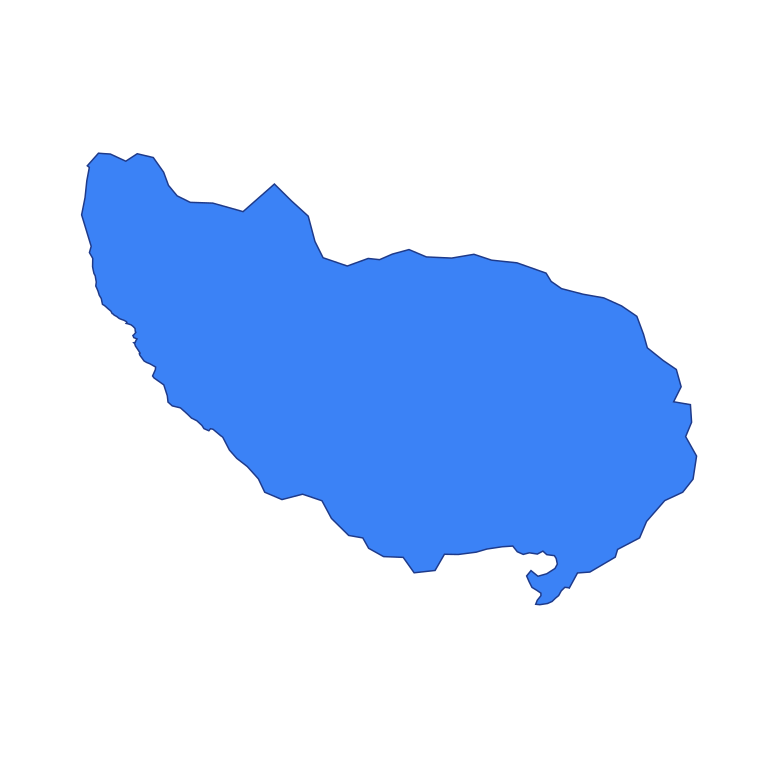 Arsos Lemesou, Limassol, Cyprus, rotated 276°
{"feature_id": "46923920B44205206050617", "entity_name": "Arsos Lemesou", "entity_type": "district", "adm_level": 2, "iso_a3": "CYP", "parent_name": "Cyprus", "parent_adm1": "Limassol", "projection": "natural_earth1", "projection_center": [32.763, 34.84], "detail": "fine", "context": "isolated", "style": "filled", "palette": "blue", "viewbox_px": 768, "rotation_deg": 276, "n_neighbors": 0, "source": "geoboundaries", "source_scale": "gbopen_adm2", "svg_char_len": 2377}
<svg xmlns="http://www.w3.org/2000/svg" viewBox="0 0 768 768"><g transform="rotate(276 384 384)"><path d="M315.3,227.3L315.1,227.9L314.1,229.3L302.1,237.2L294.6,245.4L287.6,256.7L276.5,269.0L263.9,276.7L258.4,294.6L265.9,314.5L261.4,334.5L244.8,345.8L229.7,364.7L228.7,379.0L219.0,385.9L212.3,401.6L213.6,421.2L199.4,433.7L203.9,454.3L221.0,461.9L222.2,475.6L226.4,493.3L230.6,503.5L234.5,518.6L236.3,529.0L231.1,534.1L229.1,540.3L231.3,546.2L230.9,554.3L234.4,559.5L231.3,563.7L231.1,571.4L228.4,573.5L223.0,575.2L218.4,573.3L212.3,565.7L208.9,557.2L213.8,549.7L208.0,545.9L202.7,548.9L197.2,552.4L194.8,557.5L192.4,561.9L189.9,562.2L184.9,559.0L180.8,557.9L180.8,562.0L182.8,569.6L185.3,573.9L188.9,576.9L191.8,579.8L196.8,581.9L200.7,585.1L200.7,588.6L200.4,589.6L216.3,596.2L218.5,608.4L236.0,632.1L243.9,633.6L257.7,654.3L274.8,659.5L297.4,675.4L307.6,692.4L321.7,701.3L345.0,702.4L363.2,689.5L378.1,693.9L395.5,690.9L396.6,673.9L412.3,679.8L429.0,673.2L436.6,659.1L447.5,642.1L460.6,636.9L477.7,628.4L479.4,625.3L486.5,612.1L492.6,593.6L494.1,572.5L497.4,550.6L503.5,539.5L511.2,533.6L518.4,503.6L518.4,478.1L522.4,459.9L516.3,438.1L514.8,412.9L520.3,394.8L514.1,378.8L507.2,366.6L507.2,355.1L497.5,335.1L503.2,310.2L518.6,300.4L543.0,291.1L556.6,272.6L571.4,254.1L540.7,225.8L546.0,194.8L544.4,172.3L549.5,158.6L559.0,148.9L571.6,142.7L585.1,130.9L587.2,114.5L578.6,103.9L584.1,87.8L583.8,80.5L583.7,75.9L570.0,66.1L568.6,68.3L555.0,67.2L538.2,67.2L520.6,65.6L490.3,78.4L483.9,77.3L478.5,81.2L470.2,81.9L466.9,82.9L463.6,84.0L461.4,85.5L458.4,86.3L455.3,87.2L451.3,87.1L449.0,88.5L446.4,89.9L442.6,91.5L439.4,93.9L436.8,94.7L433.8,95.7L432.9,97.6L432.0,99.0L430.0,101.7L427.9,104.8L425.7,106.2L425.2,107.4L424.3,108.4L423.2,111.1L421.5,113.8L420.8,116.1L420.2,118.7L419.1,121.3L418.4,121.9L417.3,121.2L417.1,123.0L416.4,126.3L415.0,128.5L413.2,130.6L410.5,131.1L409.5,131.8L406.9,130.1L406.0,129.2L404.0,130.3L403.0,133.7L401.2,132.7L399.5,132.3L398.9,130.8L398.2,131.8L395.8,132.8L393.1,135.1L389.2,138.2L388.5,137.5L387.0,138.3L381.8,143.0L380.6,145.7L379.7,148.9L377.0,155.1L374.3,155.1L367.8,153.0L366.0,154.6L363.2,159.6L360.1,165.1L349.7,169.7L343.4,171.1L340.1,175.7L339.0,184.0L336.3,187.8L333.7,191.4L330.0,196.1L327.9,201.7L323.8,207.2L320.8,209.6L319.2,214.7L321.4,216.1L321.1,218.7L315.3,227.3Z" fill="#3b82f6" stroke="#1e3a8a" stroke-width="1.5"/></g></svg>